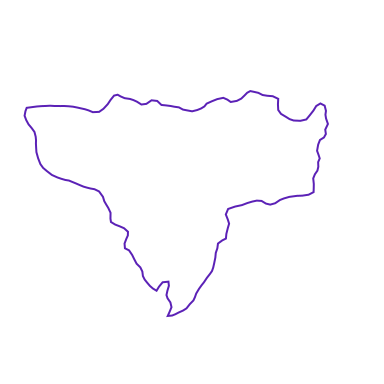 outline of Leme do Prado, Minas Gerais, Brazil, rotated 78°
{"feature_id": "56859067B57249042092490", "entity_name": "Leme do Prado", "entity_type": "district", "adm_level": 2, "iso_a3": "BRA", "parent_name": "Brazil", "parent_adm1": "Minas Gerais", "projection": "orthographic", "projection_center": [-42.742, -17.063], "detail": "fine", "context": "isolated", "style": "outline", "palette": "violet", "viewbox_px": 384, "rotation_deg": 78, "n_neighbors": 0, "source": "geoboundaries", "source_scale": "gbopen_adm2", "svg_char_len": 2525}
<svg xmlns="http://www.w3.org/2000/svg" viewBox="0 0 384 384"><g transform="rotate(78 192 192)"><path d="M109.0,138.2L106.4,141.8L106.4,148.0L107.4,153.8L108.6,159.3L110.9,162.1L112.2,165.8L112.9,169.8L113.1,175.1L110.9,180.4L109.5,183.7L106.5,187.2L104.9,191.6L103.4,195.1L101.9,199.4L100.5,203.8L95.7,207.1L93.9,212.5L96.3,218.3L95.9,223.3L92.2,227.1L89.9,230.2L88.1,233.3L86.2,238.4L83.7,241.9L81.4,244.5L81.5,248.2L84.9,252.4L88.6,256.2L92.2,261.3L94.3,266.2L93.3,272.4L90.6,276.3L88.8,279.5L87.3,282.8L85.6,286.5L83.8,290.7L82.5,294.8L81.4,298.8L80.5,303.1L79.3,308.6L78.1,312.9L77.5,316.8L76.7,321.4L76.1,325.9L75.7,331.1L75.3,336.2L78.3,338.1L82.6,339.9L87.2,339.2L91.9,337.8L96.2,335.5L100.5,333.6L105.4,333.4L108.9,333.8L112.2,334.6L116.6,335.3L120.7,335.9L127.0,335.5L133.2,334.5L137.5,332.6L141.5,329.5L146.2,325.5L149.8,320.6L151.9,317.1L153.9,313.4L155.2,310.0L157.2,307.1L159.3,304.0L162.0,300.2L164.2,297.0L165.9,293.8L167.5,290.5L169.0,286.8L172.1,282.8L178.2,280.1L182.8,279.7L186.5,278.5L190.2,277.2L195.4,276.0L201.1,277.3L204.5,277.5L207.9,273.9L210.5,269.9L213.3,266.0L217.6,262.9L221.2,263.8L224.2,266.0L228.4,268.7L233.1,269.3L236.0,265.7L241.2,263.6L245.6,262.5L250.6,261.1L255.0,258.2L259.5,257.1L264.0,257.5L267.8,256.5L271.2,254.8L275.1,252.7L278.3,250.3L281.2,247.2L277.7,243.9L274.2,239.5L274.8,233.7L278.9,234.1L283.5,236.6L287.5,238.4L290.9,238.0L295.5,236.1L300.4,236.0L304.5,238.8L308.2,241.5L308.7,237.1L308.1,233.7L307.1,230.1L306.1,225.4L304.7,221.6L301.2,217.4L298.4,213.2L295.5,211.0L292.2,209.0L288.2,205.3L285.1,201.9L282.9,199.2L279.0,195.2L275.9,191.5L273.5,188.9L270.4,187.0L266.5,185.2L261.0,182.8L256.5,181.4L252.3,178.9L247.8,177.3L245.6,172.4L244.6,168.5L240.1,167.1L234.8,164.5L230.7,162.3L226.3,162.7L221.0,163.6L216.1,160.2L215.2,152.8L215.2,145.9L214.3,140.1L213.9,135.0L213.9,130.4L215.2,125.8L218.7,122.1L220.6,118.1L220.3,113.0L218.1,107.6L217.4,103.4L217.0,97.8L217.6,90.0L218.5,84.9L218.9,78.5L217.4,73.1L213.4,72.1L209.5,71.2L203.9,70.6L200.2,68.1L197.2,64.9L193.6,63.2L189.0,62.4L185.7,60.1L181.9,60.5L177.7,61.1L171.8,58.7L167.7,56.0L166.1,51.6L163.1,49.0L158.7,48.7L153.7,44.9L147.9,45.6L144.1,45.4L140.5,44.1L135.1,44.3L132.1,48.0L133.7,52.6L137.6,56.3L141.3,60.7L144.8,65.1L144.9,71.2L143.2,77.7L141.0,81.4L138.0,84.5L134.1,88.7L129.7,90.6L124.1,89.7L118.8,88.3L115.1,93.1L113.5,98.4L111.8,102.8L108.8,106.5L106.9,110.6L105.4,114.0L106.4,117.4L108.6,120.7L110.9,124.4L112.2,129.2L112.0,135.4L109.0,138.2Z" fill="none" stroke="#5b21b6" stroke-width="2"/></g></svg>